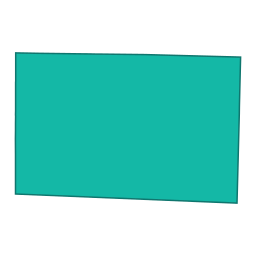 Newton, Missouri, United States of America
{"feature_id": "52423323B17908579345359", "entity_name": "Newton", "entity_type": "district", "adm_level": 2, "iso_a3": "USA", "parent_name": "United States of America", "parent_adm1": "Missouri", "projection": "robinson", "projection_center": [-94.466, 36.902], "detail": "fine", "context": "isolated", "style": "filled", "palette": "teal", "viewbox_px": 256, "rotation_deg": 0, "n_neighbors": 0, "source": "geoboundaries", "source_scale": "gbopen_adm2", "svg_char_len": 453}
<svg xmlns="http://www.w3.org/2000/svg" viewBox="0 0 256 256"><path d="M240.6,57.1L145.5,54.6L101.2,54.1L97.2,54.1L92.8,54.0L86.5,53.9L85.1,53.9L37.3,53.3L32.4,53.2L15.7,52.9L15.7,60.8L15.7,76.1L15.7,81.0L15.6,82.3L15.6,83.1L15.6,104.7L15.6,106.5L15.6,110.8L15.5,114.7L15.6,116.4L15.5,123.5L15.5,130.6L15.4,138.8L15.5,154.7L15.5,194.0L237.0,203.1L239.3,113.7L239.4,106.6L239.9,85.4L240.6,57.1Z" fill="#14b8a6" stroke="#0f766e" stroke-width="1.5"/></svg>